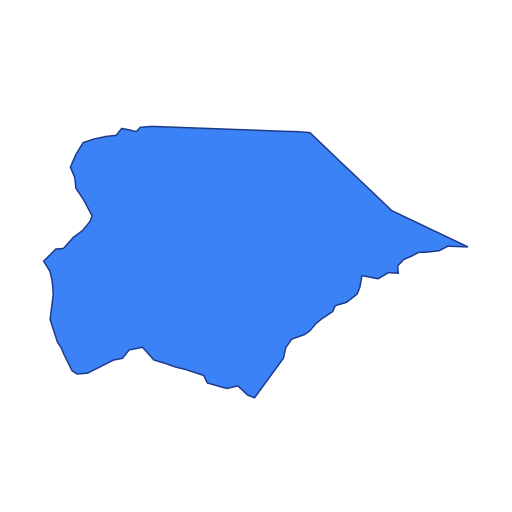 the district of Santa Terezinha, Pernambuco, Brazil, rotated 264°
{"feature_id": "56859067B87497954327615", "entity_name": "Santa Terezinha", "entity_type": "district", "adm_level": 2, "iso_a3": "BRA", "parent_name": "Brazil", "parent_adm1": "Pernambuco", "projection": "equal_earth", "projection_center": [-37.445, -7.446], "detail": "fine", "context": "isolated", "style": "filled", "palette": "blue", "viewbox_px": 512, "rotation_deg": 264, "n_neighbors": 0, "source": "geoboundaries", "source_scale": "gbopen_adm2", "svg_char_len": 1118}
<svg xmlns="http://www.w3.org/2000/svg" viewBox="0 0 512 512"><g transform="rotate(264 256 256)"><path d="M115.1,239.7L151.5,272.6L161.8,276.0L169.6,282.8L172.8,296.0L175.8,301.5L182.4,308.4L186.6,314.7L192.7,326.4L198.3,329.6L200.5,341.3L207.5,352.5L214.2,356.1L225.4,359.3L220.6,375.1L225.6,386.0L224.0,395.7L231.3,395.8L237.0,402.4L239.8,411.2L242.6,418.2L242.0,426.1L242.1,438.8L245.7,447.8L242.9,467.7L286.9,395.8L327.1,361.6L341.5,349.2L353.5,339.1L373.0,322.6L375.5,309.4L376.9,298.2L379.7,278.6L380.7,271.9L395.8,165.8L396.1,154.5L392.2,150.0L394.7,143.2L396.9,135.8L390.6,129.4L390.6,119.6L389.2,106.6L386.9,96.0L375.7,87.4L363.8,80.7L352.9,84.0L342.1,84.0L336.4,87.0L329.8,90.5L312.9,97.2L307.6,94.4L299.5,86.2L293.6,76.2L283.6,65.3L283.9,57.7L273.0,44.3L262.4,49.4L253.5,50.6L245.1,50.6L238.7,50.3L214.4,44.6L191.3,49.5L184.5,52.9L179.1,54.4L161.0,61.1L157.3,65.9L157.1,76.2L167.4,103.5L168.2,112.5L175.8,120.0L177.1,133.6L163.2,143.7L159.1,153.5L153.8,164.7L150.4,174.4L142.6,191.6L134.8,194.3L127.3,213.1L128.7,224.4L118.7,233.0L115.1,239.7Z" fill="#3b82f6" stroke="#1e3a8a" stroke-width="1.5"/></g></svg>